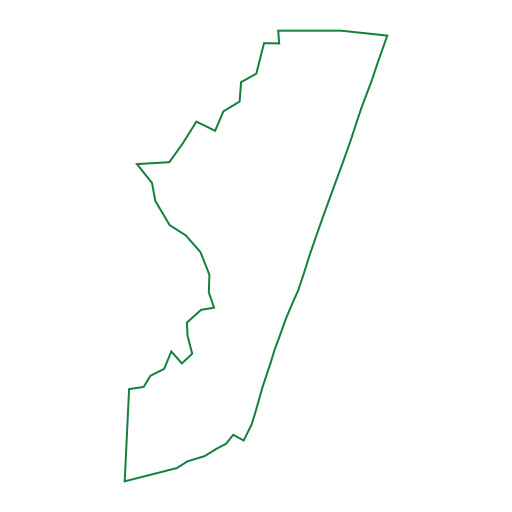 the district of Imbé, Rio Grande do Sul, Brazil
{"feature_id": "56859067B97443140399595", "entity_name": "Imbé", "entity_type": "district", "adm_level": 2, "iso_a3": "BRA", "parent_name": "Brazil", "parent_adm1": "Rio Grande do Sul", "projection": "equal_earth", "projection_center": [-50.118, -29.935], "detail": "fine", "context": "isolated", "style": "outline", "palette": "green", "viewbox_px": 512, "rotation_deg": 0, "n_neighbors": 0, "source": "geoboundaries", "source_scale": "gbopen_adm2", "svg_char_len": 894}
<svg xmlns="http://www.w3.org/2000/svg" viewBox="0 0 512 512"><path d="M387.3,35.6L341.1,30.7L324.4,30.7L313.5,30.7L296.2,30.7L278.2,30.7L279.2,43.4L264.0,43.2L256.3,73.7L241.1,82.1L239.6,101.6L223.4,111.3L215.1,130.8L196.4,121.6L182.9,143.2L169.3,162.2L137.0,164.1L152.0,183.0L155.3,200.9L169.7,225.2L185.9,235.5L200.5,252.2L209.4,274.7L208.8,292.5L214.1,307.7L201.1,309.8L186.9,322.6L187.5,335.5L192.2,353.7L181.9,363.4L171.3,351.5L164.2,368.8L150.4,375.8L143.7,386.9L129.1,389.1L124.7,481.3L177.0,468.0L187.5,461.3L204.6,456.1L216.5,448.8L226.1,443.7L233.2,434.8L243.7,440.5L251.6,424.5L255.3,412.6L262.6,386.9L270.9,362.0L274.5,350.1L279.6,336.3L286.3,317.7L293.2,301.5L298.2,290.4L305.1,269.6L309.4,255.8L315.1,239.3L322.4,218.4L329.1,200.0L335.4,182.7L342.5,163.5L350.8,140.0L356.1,123.8L361.9,106.5L371.7,80.8L377.6,62.9L387.3,35.6Z" fill="none" stroke="#15803d" stroke-width="2"/></svg>